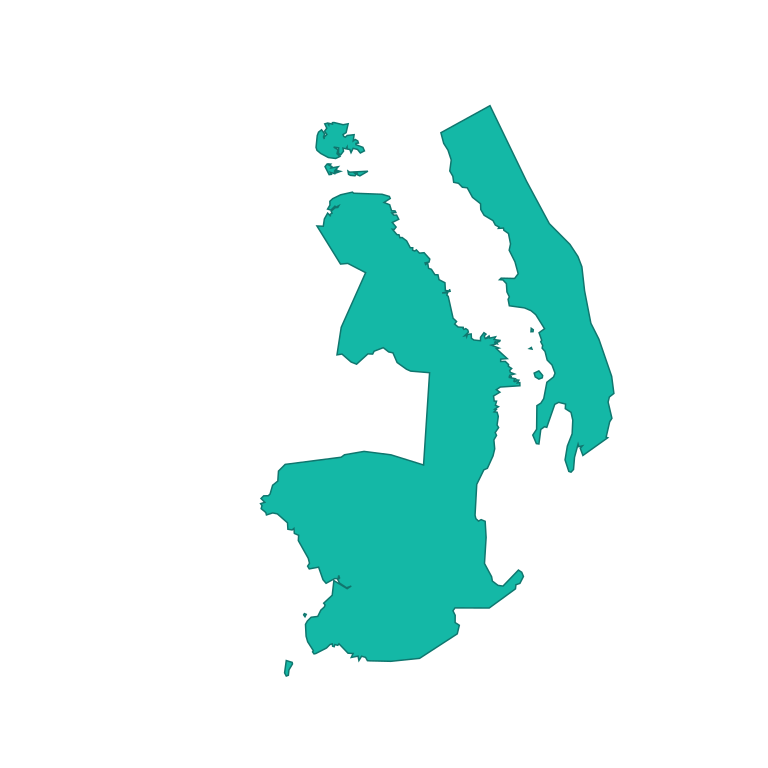 the district of Muna, Sulawesi Tenggara, Indonesia, rotated 329°
{"feature_id": "22746128B70372019871554", "entity_name": "Muna", "entity_type": "district", "adm_level": 2, "iso_a3": "IDN", "parent_name": "Indonesia", "parent_adm1": "Sulawesi Tenggara", "projection": "mercator", "projection_center": [122.695, -4.871], "detail": "fine", "context": "isolated", "style": "filled", "palette": "teal", "viewbox_px": 768, "rotation_deg": 329, "n_neighbors": 0, "source": "geoboundaries", "source_scale": "gbopen_adm2", "svg_char_len": 6183}
<svg xmlns="http://www.w3.org/2000/svg" viewBox="0 0 768 768"><g transform="rotate(329 384 384)"><path d="M404.4,620.8L405.1,616.3L403.4,612.7L381.9,618.5L378.0,615.3L375.4,608.7L377.0,604.6L377.7,589.6L392.5,568.1L400.0,553.8L397.4,550.3L394.4,550.2L393.4,546.7L394.5,543.3L411.8,517.8L425.4,509.0L429.2,509.5L440.4,501.8L445.5,496.6L449.4,488.5L454.0,486.0L454.3,482.9L459.8,480.4L459.8,477.4L465.3,470.6L466.4,466.4L464.0,464.6L467.1,463.7L465.9,462.6L470.4,462.4L468.5,459.6L471.6,456.7L469.7,455.4L471.7,450.7L479.1,450.7L477.4,446.7L482.1,446.5L499.6,455.5L501.1,452.8L498.8,451.8L501.6,450.2L499.6,448.6L498.6,449.7L497.1,449.2L496.5,448.1L497.9,449.2L497.6,447.6L499.3,447.1L494.3,442.5L497.3,443.7L495.5,442.0L496.3,441.3L501.0,442.6L498.3,439.1L498.7,437.1L501.4,436.5L499.7,432.8L500.8,431.5L499.6,427.1L495.6,424.8L496.8,422.8L502.7,425.7L498.5,411.6L501.0,412.4L496.0,406.0L500.0,407.2L500.4,405.2L501.7,405.2L500.9,407.0L501.9,408.0L502.0,406.4L504.9,407.1L503.8,406.8L503.0,405.8L505.3,406.9L505.9,406.4L501.2,402.5L503.9,401.0L498.3,399.1L498.8,396.9L497.1,397.1L497.9,397.5L498.0,398.3L494.2,397.3L494.7,394.4L497.1,393.8L496.1,391.5L490.8,393.7L489.0,396.6L483.7,392.6L482.5,389.9L484.5,386.0L481.1,384.5L479.4,385.9L479.8,384.8L477.9,384.2L483.1,383.0L483.6,380.9L482.6,378.6L480.6,378.4L480.4,376.4L481.6,376.6L476.9,373.4L475.4,369.0L478.4,367.8L477.1,363.2L484.2,341.9L483.6,340.2L485.5,338.6L480.7,335.9L488.4,338.6L489.0,336.4L488.2,338.2L484.8,335.4L488.4,328.6L484.9,322.9L486.5,318.2L483.9,316.5L483.7,310.1L481.8,307.8L483.7,302.9L481.2,303.0L481.6,301.3L485.4,302.7L487.6,300.5L486.0,292.1L481.8,290.1L480.8,285.7L478.9,285.9L477.4,284.1L478.8,282.0L476.7,280.7L477.1,273.0L475.0,267.8L473.0,266.8L473.7,263.8L472.0,262.6L470.9,255.7L472.4,256.8L475.2,255.7L474.3,249.8L481.5,250.4L481.8,245.7L479.4,244.4L478.8,241.4L482.5,243.1L482.6,241.3L479.7,239.4L481.2,233.3L477.5,228.4L484.9,228.2L485.2,226.0L480.1,220.4L456.2,204.8L455.8,203.3L444.4,199.5L435.5,198.7L431.7,199.5L429.8,202.8L425.7,205.0L428.1,207.6L433.5,206.3L434.7,208.3L435.6,207.8L437.1,207.9L435.3,208.9L432.8,207.7L427.7,208.7L427.4,210.8L424.9,210.8L424.6,212.8L423.7,208.5L417.9,211.8L413.2,217.5L407.9,214.0L408.5,258.8L415.1,262.0L425.6,279.1L376.5,313.4L358.7,334.8L363.4,336.7L367.1,348.2L370.7,352.9L385.7,349.9L389.7,352.5L392.4,350.8L402.1,352.5L404.5,358.9L407.7,361.9L406.3,372.3L410.8,382.8L413.5,386.7L428.9,397.8L376.2,473.8L353.6,448.4L332.2,431.5L313.7,424.3L309.6,424.7L257.9,402.0L248.7,404.3L243.0,412.5L236.4,413.4L229.7,419.6L227.3,420.2L223.3,417.9L219.6,418.8L220.9,424.0L216.6,423.0L216.8,425.4L214.5,427.6L216.5,433.3L215.8,435.7L222.2,437.2L225.7,440.4L229.8,453.3L226.8,459.0L230.1,461.8L232.4,461.4L230.2,465.9L232.9,469.7L229.9,474.1L229.3,494.4L227.8,499.3L224.7,500.8L224.7,504.0L233.6,507.3L230.9,520.4L231.7,525.0L241.6,525.4L244.4,527.3L246.6,524.7L246.0,527.4L243.6,527.9L243.4,531.8L247.0,539.4L251.9,540.3L247.0,540.5L239.8,526.7L230.8,538.4L219.4,540.8L219.7,543.1L218.0,544.4L213.4,545.3L207.5,549.1L201.4,546.4L196.2,547.7L192.9,549.6L187.3,560.1L185.8,565.7L186.1,576.2L184.8,576.8L185.0,579.3L186.7,579.9L198.8,580.7L203.5,579.5L205.8,580.1L204.9,582.3L206.0,583.5L207.7,582.0L209.8,584.2L211.6,583.5L214.5,596.2L218.7,599.1L215.1,601.5L221.6,603.9L220.1,608.1L224.6,605.8L227.4,608.8L227.3,612.6L229.3,614.0L247.0,625.2L273.2,637.5L318.1,635.9L324.3,629.6L322.1,625.1L325.9,618.9L326.3,613.9L329.6,612.5L358.8,630.2L391.2,627.3L393.7,624.0L397.8,624.9L404.4,620.8ZM548.1,545.3L547.0,544.0L558.0,532.6L561.7,530.8L566.8,514.9L570.5,511.2L576.2,510.5L583.1,494.7L591.3,456.2L592.6,438.5L603.9,407.5L614.0,385.4L615.9,374.6L615.3,360.1L608.3,331.7L610.6,283.5L618.2,200.0L562.2,197.9L559.1,208.5L559.3,216.5L557.0,226.6L550.1,235.3L550.0,241.4L547.6,247.0L551.2,250.3L552.5,255.7L556.4,258.7L556.0,269.6L559.6,279.2L556.8,284.3L556.7,290.9L561.6,300.1L561.3,305.1L563.5,308.8L562.2,309.5L566.7,311.9L565.9,314.0L568.2,319.1L564.6,329.1L560.2,333.8L559.2,346.7L555.8,358.6L550.3,360.8L538.9,353.6L536.8,354.1L539.5,356.0L540.6,361.0L536.8,368.4L536.3,373.9L534.0,375.3L531.7,381.5L543.6,391.1L547.8,396.9L549.8,402.8L550.1,419.3L543.3,419.9L541.7,427.7L540.1,428.5L539.9,432.6L538.0,434.7L538.8,439.0L536.2,447.5L537.8,454.2L536.2,462.8L533.0,465.3L524.5,466.4L513.4,478.8L508.6,481.2L503.9,481.3L491.5,501.4L485.2,504.4L483.9,513.6L485.9,515.2L495.0,503.7L499.6,503.3L501.2,505.0L519.9,489.4L524.3,489.7L529.3,494.7L526.7,498.5L529.7,504.6L527.2,512.2L519.6,523.6L509.2,531.6L500.1,542.3L497.4,554.1L498.9,555.9L502.4,554.9L509.6,544.9L519.4,535.5L518.7,538.1L522.2,539.2L519.1,540.2L517.7,547.7L548.1,545.3ZM470.1,133.5L470.1,131.3L467.2,130.5L466.7,135.3L463.3,136.7L463.6,140.7L459.6,141.6L459.0,143.3L459.3,141.1L461.9,139.0L461.4,133.9L457.6,134.4L454.7,136.7L447.6,146.2L446.9,149.2L448.5,153.8L452.9,161.2L458.7,165.8L463.4,166.3L462.3,162.4L465.1,159.5L462.9,155.0L466.8,158.2L463.8,162.8L464.8,165.3L469.2,163.6L470.3,160.7L472.5,162.8L474.6,161.7L473.5,163.7L475.5,165.4L474.9,168.7L478.9,166.1L482.1,169.3L482.7,173.8L487.3,174.1L487.8,170.3L483.2,164.4L483.9,163.3L486.2,164.3L486.7,162.1L485.3,159.6L482.8,159.8L486.8,154.9L480.4,152.0L477.9,152.5L477.0,151.0L477.3,149.1L481.0,149.0L487.3,142.5L482.5,140.7L475.8,134.1L474.4,133.4L473.7,134.7L471.1,132.2L470.1,133.5ZM152.0,584.4L155.3,580.1L161.4,576.8L161.9,575.3L157.8,570.7L150.0,580.4L149.8,584.0L152.0,584.4ZM451.3,170.7L448.4,166.2L445.4,167.3L444.8,176.3L446.9,177.2L447.1,175.0L450.0,178.3L451.3,175.9L456.7,174.2L449.7,171.5L451.3,170.7ZM463.6,184.7L462.8,182.9L461.6,186.0L462.6,187.8L466.4,190.6L468.1,190.0L467.4,188.1L469.1,189.5L469.8,188.6L469.1,191.2L470.5,193.2L479.8,193.3L463.6,184.7ZM523.5,452.5L518.3,452.0L517.3,455.8L519.3,459.6L522.9,460.2L524.4,458.4L523.5,452.5ZM538.9,412.1L536.9,414.9L538.7,415.9L539.9,414.4L538.9,412.1ZM197.5,539.8L196.2,540.5L196.4,542.8L198.7,541.4L197.5,539.8ZM453.8,176.3L451.8,176.4L450.5,177.7L453.4,177.9L453.8,176.3ZM456.2,179.3L454.6,177.7L452.6,178.6L456.2,179.3ZM529.1,428.6L526.9,428.6L528.8,430.3L529.1,428.6ZM451.6,168.1L448.9,166.1L450.5,168.4L451.6,168.1Z" fill="#14b8a6" stroke="#0f766e" stroke-width="1.5"/></g></svg>